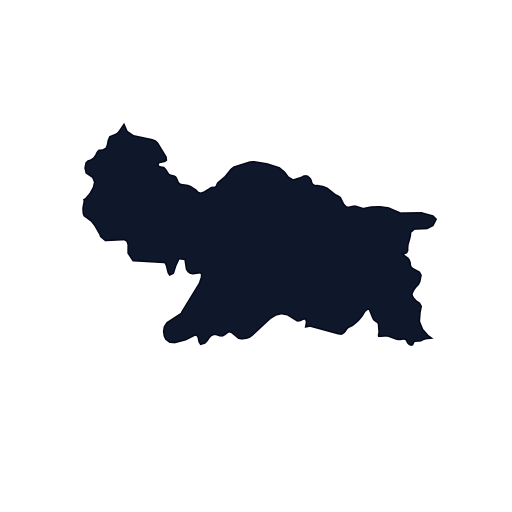 the Province of Bozen, rotated 27°
{"feature_id": "ITA-5459", "entity_name": "Bozen", "entity_type": "Province", "adm_level": 1, "iso_a3": "ITA", "parent_name": "Italy", "parent_adm1": "", "projection": "albers", "projection_center": [11.502, 46.655], "detail": "fine", "context": "isolated", "style": "filled", "palette": "ink", "viewbox_px": 512, "rotation_deg": 27, "n_neighbors": 0, "source": "natural_earth", "source_scale": "10m", "svg_char_len": 3399}
<svg xmlns="http://www.w3.org/2000/svg" viewBox="0 0 512 512"><g transform="rotate(27 256 256)"><path d="M77.1,284.0L78.2,282.2L79.8,275.5L80.0,268.6L78.7,263.4L74.9,260.1L67.0,259.1L63.7,255.2L62.3,250.0L63.2,247.5L65.2,245.6L67.0,242.4L67.5,238.6L67.4,235.6L68.1,233.1L71.3,231.2L73.6,227.8L73.1,224.1L71.9,220.2L71.6,216.1L75.7,211.4L76.8,209.7L77.5,207.2L78.6,198.6L84.5,203.5L92.1,204.5L110.8,199.5L114.1,199.2L116.9,200.0L130.9,208.6L132.7,211.3L131.7,213.2L127.6,216.5L126.8,217.8L127.8,220.1L129.8,220.2L133.7,219.0L135.8,219.8L141.1,222.8L142.9,222.9L146.4,222.0L148.3,222.0L149.9,222.9L153.1,225.6L154.9,226.4L156.8,226.3L162.9,224.2L166.1,223.8L172.5,224.5L175.6,225.6L178.2,225.2L180.8,222.5L185.0,215.5L185.8,214.7L187.8,213.8L188.6,213.0L188.9,211.6L188.7,208.8L188.9,207.8L192.4,199.5L194.4,190.1L195.9,186.8L207.9,175.0L211.2,173.0L223.9,168.9L236.7,166.8L243.3,168.3L249.0,171.1L254.6,171.4L260.8,165.3L262.2,163.2L263.9,162.0L265.7,161.5L268.9,162.3L270.1,163.0L271.2,164.0L272.2,165.3L273.7,166.3L275.4,166.6L277.1,166.3L278.8,165.3L284.2,163.7L288.6,163.3L298.0,165.2L298.3,165.3L299.7,165.4L301.1,165.2L304.6,165.6L310.5,170.0L314.0,171.3L316.1,170.8L319.7,167.8L321.7,166.5L330.0,165.1L336.3,160.1L344.1,155.8L352.2,153.0L365.2,152.2L383.7,142.4L386.8,141.8L395.5,140.0L399.8,141.4L399.8,144.9L399.8,148.5L395.9,153.9L384.8,160.2L383.0,164.9L384.2,167.5L385.0,170.6L386.2,176.8L387.4,179.8L388.7,182.3L388.7,184.8L386.0,187.5L388.0,188.3L392.3,189.0L394.3,190.0L396.5,192.1L397.5,193.8L398.6,195.1L401.1,196.0L408.9,196.2L411.8,198.2L413.5,204.1L413.6,207.4L413.1,209.3L412.5,211.2L412.0,214.3L412.0,217.8L412.4,219.6L413.5,220.6L415.3,221.9L419.1,223.3L423.0,223.8L426.1,225.8L427.7,231.6L431.3,240.2L437.8,245.8L445.3,248.8L449.7,249.5L445.1,252.4L442.9,254.5L441.9,256.0L441.4,256.7L440.4,257.4L436.9,259.4L435.9,260.3L435.6,261.3L435.8,263.2L435.7,264.2L435.0,264.8L433.8,265.2L431.8,265.0L430.6,264.5L429.6,263.9L429.0,263.3L428.2,262.8L427.4,262.4L426.1,262.6L424.7,263.2L422.7,264.7L421.1,265.6L419.1,266.3L410.0,267.4L407.0,268.8L402.8,271.4L401.7,271.8L401.0,270.8L400.5,268.8L400.2,267.9L396.0,261.1L395.4,260.5L394.5,260.1L390.3,259.5L388.7,258.6L381.4,252.3L380.6,252.2L379.7,252.6L378.7,254.4L378.2,255.8L378.0,257.2L377.8,260.8L377.4,263.0L376.4,267.1L375.0,270.7L373.4,274.2L371.0,277.3L370.4,278.4L370.0,279.5L369.6,282.8L369.3,283.9L368.9,284.8L368.5,285.6L368.0,286.3L367.4,287.0L364.4,288.0L336.0,293.9L332.4,296.7L330.9,291.6L328.5,289.6L326.7,290.9L324.8,293.4L322.4,295.1L310.8,294.1L304.9,295.8L300.5,299.5L297.0,305.2L288.5,328.5L287.1,331.2L285.2,333.3L280.9,336.3L277.9,337.2L269.0,335.2L266.5,335.6L265.2,337.4L264.1,339.9L262.5,342.3L260.4,343.4L256.0,344.1L253.9,345.1L252.0,347.6L251.3,350.5L250.9,353.6L250.0,356.7L246.8,359.9L244.1,358.2L241.6,354.9L239.0,353.3L237.1,354.7L231.3,362.6L222.9,370.1L218.3,372.0L213.4,371.1L210.5,368.8L207.9,365.1L206.5,360.6L207.0,355.8L215.5,341.0L215.4,338.9L218.0,306.0L217.1,299.9L215.7,296.7L214.0,296.2L207.8,300.5L205.2,301.2L202.7,300.8L200.1,299.4L194.3,291.3L188.6,293.4L188.9,301.0L190.2,308.9L187.7,312.2L185.3,310.7L180.4,305.0L177.8,303.2L148.6,316.0L140.7,311.5L136.9,303.9L134.4,301.4L131.2,301.2L114.8,310.6L108.8,309.2L107.3,307.7L98.6,302.0L93.4,299.6L84.7,298.2L83.7,297.4L82.6,296.2L80.8,293.2L80.0,291.6L78.1,285.1L77.1,284.0Z" fill="#0f172a" stroke="#020617" stroke-width="1.5"/></g></svg>